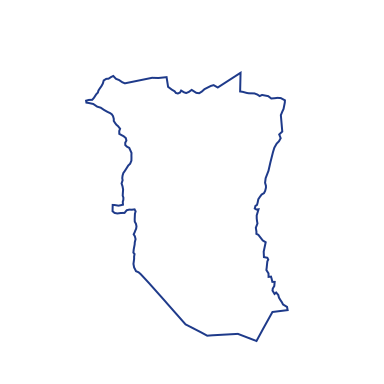 Lavras da Mangabeira, Ceará, Brazil, rotated 291°
{"feature_id": "56859067B7831807077473", "entity_name": "Lavras da Mangabeira", "entity_type": "district", "adm_level": 2, "iso_a3": "BRA", "parent_name": "Brazil", "parent_adm1": "Ceará", "projection": "mercator", "projection_center": [-38.979, -6.765], "detail": "fine", "context": "isolated", "style": "outline", "palette": "blue", "viewbox_px": 384, "rotation_deg": 291, "n_neighbors": 0, "source": "geoboundaries", "source_scale": "gbopen_adm2", "svg_char_len": 2804}
<svg xmlns="http://www.w3.org/2000/svg" viewBox="0 0 384 384"><g transform="rotate(291 192 192)"><path d="M280.8,254.6L295.6,247.4L299.5,247.5L302.3,247.7L308.7,246.6L310.9,245.9L311.5,241.2L310.5,238.0L309.3,235.8L307.7,232.5L308.8,228.8L307.7,222.6L305.8,220.8L306.4,218.1L306.4,214.9L304.5,209.6L304.1,207.6L303.7,203.6L303.1,200.9L320.7,194.6L298.8,178.6L299.5,173.9L297.8,171.6L292.5,166.8L289.3,165.2L286.8,163.3L286.1,160.5L287.2,155.1L284.3,153.2L282.3,151.1L282.2,148.8L282.8,145.5L280.6,145.2L278.9,143.5L278.7,141.4L279.8,139.7L280.3,136.6L281.6,132.0L290.1,127.1L286.4,119.8L284.3,113.8L269.4,90.4L269.5,87.5L270.4,83.7L270.4,80.5L272.1,76.9L270.4,75.3L267.9,73.5L266.9,71.4L264.5,69.6L261.3,69.9L258.3,69.5L255.6,68.8L253.2,68.3L251.1,68.5L249.0,67.6L244.8,66.7L242.3,65.8L241.0,62.7L239.3,60.4L237.6,61.4L238.1,63.7L238.8,68.3L237.7,72.9L238.0,76.6L237.1,80.4L236.5,84.4L236.3,87.3L235.8,89.3L234.5,91.1L232.2,92.8L230.3,93.5L228.9,95.4L227.7,97.3L227.0,99.3L225.3,102.2L222.9,102.2L220.2,103.3L219.8,106.2L219.6,108.1L218.6,110.9L216.5,112.3L214.1,112.0L211.9,112.9L211.0,115.0L210.7,117.6L208.9,119.4L206.8,121.5L204.5,122.3L202.3,123.2L199.5,124.2L196.2,124.1L193.9,123.0L190.3,122.3L187.4,121.7L185.1,121.1L182.4,121.3L180.0,121.9L178.1,123.0L174.7,123.2L172.4,125.1L169.6,126.8L166.3,127.8L163.8,128.6L162.1,130.0L160.0,130.7L158.0,130.9L155.4,132.1L154.1,130.2L152.9,128.3L152.1,124.4L151.5,122.6L145.6,124.7L144.7,127.2L145.2,130.0L146.9,133.1L148.3,136.5L151.6,137.6L153.1,139.8L153.9,142.2L155.2,144.6L153.7,146.3L151.3,146.5L148.6,147.4L145.9,148.3L143.8,149.2L142.2,151.1L140.0,152.5L137.7,153.0L135.5,152.9L133.6,152.9L131.6,152.7L130.2,154.5L127.8,156.2L124.6,156.6L122.3,157.3L120.0,157.7L117.4,158.2L114.4,159.0L113.5,160.6L110.9,161.1L108.9,161.9L106.9,162.4L103.9,163.1L100.8,165.0L99.5,166.5L98.0,168.1L97.9,170.9L96.9,173.6L91.7,184.2L80.3,206.3L78.9,208.9L66.1,233.4L64.2,250.9L63.3,257.7L65.4,262.1L76.0,285.7L76.0,289.2L76.0,301.1L76.0,305.6L89.7,307.4L108.8,310.1L116.0,323.6L118.8,321.9L119.6,317.3L121.3,315.4L122.7,313.4L124.5,311.1L126.8,309.4L128.3,306.6L126.4,305.6L128.8,302.5L130.8,302.0L133.7,302.5L137.7,301.4L136.9,299.2L139.3,297.6L141.3,296.1L140.2,293.9L143.4,292.6L145.8,289.4L148.3,288.8L151.6,287.9L154.3,287.2L156.2,287.4L157.6,285.9L157.0,282.5L162.0,280.3L171.5,278.8L172.1,275.4L173.8,272.6L175.8,269.3L176.0,267.1L178.0,266.4L181.5,264.4L186.1,264.4L188.2,263.1L190.5,261.9L193.3,260.8L199.7,260.3L198.7,258.5L199.1,256.5L201.7,256.2L203.3,257.3L205.5,257.1L209.0,256.5L211.7,257.1L214.6,257.9L216.7,259.6L219.2,259.9L222.5,259.5L224.3,258.8L226.8,256.9L231.3,255.8L239.2,255.8L243.4,255.2L247.5,254.6L258.4,253.3L262.9,253.0L267.5,253.7L270.5,255.0L274.0,255.5L277.0,252.8L280.8,254.6Z" fill="none" stroke="#1e3a8a" stroke-width="2"/></g></svg>